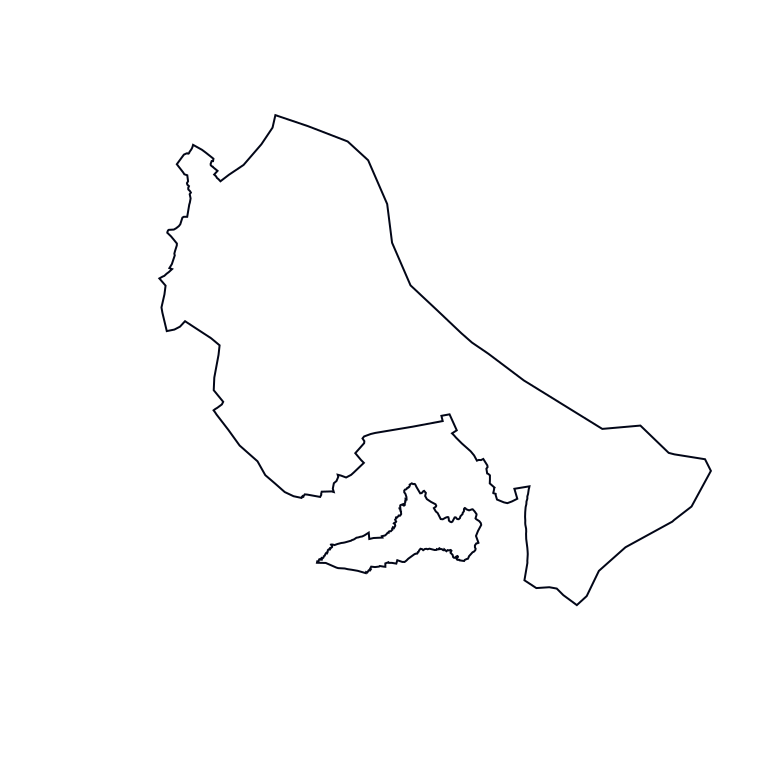 the district of Ishielu, Ebonyi, Nigeria, rotated 135°
{"feature_id": "59680162B77807256215392", "entity_name": "Ishielu", "entity_type": "district", "adm_level": 2, "iso_a3": "NGA", "parent_name": "Nigeria", "parent_adm1": "Ebonyi", "projection": "mercator", "projection_center": [7.857, 6.423], "detail": "fine", "context": "isolated", "style": "outline", "palette": "ink", "viewbox_px": 768, "rotation_deg": 135, "n_neighbors": 0, "source": "geoboundaries", "source_scale": "gbopen_adm2", "svg_char_len": 6159}
<svg xmlns="http://www.w3.org/2000/svg" viewBox="0 0 768 768"><g transform="rotate(135 384 384)"><path d="M270.7,650.9L281.5,644.1L301.2,640.2L328.4,638.2L345.7,641.6L356.3,643.0L356.2,645.7L356.4,648.0L356.0,649.2L355.9,650.0L356.0,652.2L351.0,652.4L351.6,658.4L351.4,658.7L351.8,659.7L351.8,661.2L351.0,662.2L348.2,663.5L347.3,662.5L345.3,663.9L346.4,673.5L347.1,678.3L349.9,688.1L352.1,686.9L353.1,686.5L354.5,686.1L357.5,685.6L358.3,685.2L359.2,685.1L359.7,685.4L359.8,686.0L360.4,686.6L363.3,687.7L375.1,685.9L376.4,675.6L376.9,673.5L375.5,670.7L379.2,665.9L381.3,665.4L382.1,664.0L382.0,661.8L383.8,661.1L384.8,659.9L384.8,657.6L385.2,655.9L387.2,655.6L389.5,652.0L393.1,649.5L394.8,648.6L404.9,641.4L407.3,643.8L408.9,644.2L415.1,641.0L417.4,640.7L420.8,641.1L423.4,641.8L427.2,645.2L428.1,645.3L429.4,644.8L430.3,644.2L430.2,638.9L431.1,629.8L432.5,628.5L438.1,625.6L440.1,624.4L441.0,622.9L449.2,618.8L453.8,617.7L452.6,615.1L457.0,615.3L459.8,615.7L462.9,615.8L464.6,616.5L468.2,617.5L468.9,608.0L475.9,602.6L487.2,595.5L490.3,591.1L500.2,575.0L493.7,570.7L487.7,568.8L480.3,569.1L473.9,538.6L472.9,527.6L480.4,521.6L499.5,508.5L508.8,500.0L510.3,485.1L513.1,484.2L519.0,485.1L520.9,485.6L523.1,485.9L523.5,483.2L524.0,480.9L526.5,461.6L529.6,442.6L528.1,418.8L532.4,403.5L531.4,390.6L530.6,377.8L527.3,368.6L522.9,361.8L522.1,362.2L521.2,361.5L520.9,362.3L520.5,362.3L520.1,361.6L518.1,362.0L516.5,360.1L509.0,349.3L506.7,350.0L506.2,350.7L504.2,351.9L497.0,345.1L495.9,343.1L494.2,346.2L489.6,349.3L486.2,349.0L482.0,350.7L480.9,352.6L479.2,349.7L476.9,344.7L471.5,343.0L467.8,342.8L454.0,342.5L454.0,346.4L453.2,355.4L439.9,356.2L438.3,357.5L437.7,360.7L435.2,361.0L428.7,358.0L424.8,355.6L393.7,333.4L368.7,316.3L365.9,320.9L359.1,316.2L365.3,299.8L370.8,301.0L370.8,297.9L371.0,295.3L371.0,287.0L370.3,275.1L370.8,269.8L372.5,264.1L370.7,263.3L369.2,261.6L366.8,260.8L368.5,253.4L369.5,252.0L371.5,251.7L374.3,247.8L373.8,246.6L373.7,244.5L376.7,241.5L379.5,238.9L379.1,232.6L379.9,232.5L380.2,232.0L382.1,230.7L383.7,229.8L383.9,229.5L382.7,227.4L383.7,226.3L385.8,222.4L382.9,215.5L381.0,212.5L376.6,210.5L370.9,208.6L365.9,217.7L353.5,208.8L355.0,207.8L356.0,207.3L360.0,204.3L362.1,203.2L363.8,201.5L366.3,200.2L368.3,198.4L370.9,196.8L374.8,193.5L378.2,190.3L380.7,187.5L382.4,185.9L383.6,184.5L385.9,181.1L387.9,179.0L389.4,177.7L393.0,173.9L398.5,166.8L400.8,164.1L402.6,162.1L404.5,160.4L407.7,157.6L409.1,156.1L423.5,145.9L420.6,132.0L410.8,123.4L406.5,117.2L406.5,107.9L404.0,91.3L390.6,90.7L364.2,99.9L328.7,97.8L277.4,82.8L275.0,82.7L253.2,79.9L214.3,91.4L210.2,103.8L228.4,128.9L231.4,134.0L232.1,173.3L261.4,197.9L282.6,287.6L288.8,331.6L292.5,351.1L293.4,365.1L294.3,398.9L295.5,435.0L278.4,478.2L254.5,509.0L237.0,553.4L238.2,581.2L255.4,620.0L270.7,650.9ZM449.1,201.7L448.3,201.1L446.7,201.6L445.8,202.1L440.3,202.4L439.2,201.9L437.1,201.9L435.7,202.7L435.2,204.2L433.8,205.6L431.4,206.0L430.2,205.1L429.5,204.9L426.4,211.5L421.5,213.6L414.9,215.6L413.9,217.2L413.6,219.6L414.4,223.3L414.3,224.3L411.5,225.8L410.6,226.5L410.3,228.2L410.0,229.9L409.9,232.7L410.5,233.2L413.2,234.5L414.4,237.2L414.3,238.6L414.6,239.2L415.4,239.2L415.9,239.0L417.5,237.5L419.5,237.2L420.4,236.5L423.6,236.4L425.1,235.5L426.8,235.6L427.7,236.7L427.6,239.0L428.4,239.7L433.0,238.3L434.1,238.7L434.6,239.8L434.7,241.5L433.3,243.2L432.7,244.3L433.3,245.1L434.9,245.9L438.1,246.8L439.4,248.4L437.3,254.8L437.5,257.2L436.5,261.0L434.0,260.6L433.2,260.9L432.6,262.5L434.1,267.3L435.1,272.3L434.1,275.7L431.4,277.4L431.2,280.1L431.9,280.4L434.5,280.2L435.7,281.1L433.9,288.1L432.9,291.0L433.0,291.6L433.4,292.1L434.2,292.6L434.6,294.1L437.0,294.7L437.4,294.0L438.9,293.4L439.5,293.8L440.1,293.5L441.4,294.1L442.2,293.8L442.9,293.9L443.9,294.5L445.1,294.3L446.3,293.0L446.5,291.3L448.0,288.3L449.5,286.6L450.0,287.6L450.4,287.2L450.6,286.6L451.1,286.1L451.8,286.3L452.8,285.2L454.0,284.8L454.8,285.2L454.8,283.8L455.5,283.8L455.9,283.9L456.5,286.0L458.0,286.7L458.6,286.5L459.3,285.8L460.3,284.6L461.0,285.1L461.2,284.7L460.9,284.0L461.2,283.4L461.7,283.2L462.2,282.4L462.0,281.9L462.5,281.5L463.8,279.9L465.6,279.5L466.6,280.6L467.3,280.2L468.1,280.5L469.1,280.4L469.5,281.0L469.9,281.2L470.2,280.9L470.3,280.4L472.1,280.2L472.7,278.1L473.6,278.0L474.9,278.5L475.6,278.5L475.5,277.0L476.3,275.8L478.8,275.1L479.0,276.4L480.6,275.9L481.0,275.0L482.0,275.1L483.2,275.0L484.3,276.0L485.0,276.2L485.9,275.5L486.6,276.2L487.7,276.2L488.4,276.0L490.5,276.2L493.1,277.9L493.7,276.5L500.3,282.5L504.0,284.8L499.9,289.7L504.9,290.8L507.2,291.6L508.9,292.8L510.5,293.6L512.2,294.8L514.4,295.2L515.5,295.5L517.0,296.3L518.1,296.5L523.8,299.7L525.4,300.8L526.5,301.7L530.1,303.8L532.9,305.1L533.8,306.7L534.8,307.8L535.0,307.9L535.3,306.9L535.2,306.4L535.5,305.8L536.0,305.4L537.2,305.5L537.9,306.1L538.2,306.2L538.5,306.1L538.4,305.5L539.1,305.2L539.4,305.2L540.2,306.2L541.2,306.2L542.6,305.1L543.2,304.8L544.0,304.6L544.0,305.4L544.9,305.4L546.2,305.0L547.3,304.5L548.4,304.8L549.5,304.1L550.6,304.2L551.0,305.0L551.6,304.6L552.2,303.8L552.7,304.2L552.6,305.1L553.3,305.1L553.6,305.8L554.7,305.5L555.8,304.8L556.6,305.8L557.8,305.0L551.7,298.6L547.5,287.9L546.6,286.2L542.2,281.3L540.6,278.7L538.2,275.5L534.7,270.5L530.6,263.1L529.6,263.7L529.1,262.5L526.6,263.1L525.8,262.0L524.3,262.3L524.5,263.2L522.2,263.9L519.8,260.9L516.6,258.4L515.7,258.3L513.3,255.0L512.3,253.8L509.9,256.2L507.0,254.9L507.3,254.4L504.8,251.8L502.3,248.3L499.2,250.0L496.9,245.3L495.3,243.6L493.0,243.3L490.4,243.3L482.7,242.1L482.2,241.9L481.6,241.4L481.1,241.4L480.4,240.6L479.5,240.8L478.9,241.2L478.3,240.9L476.8,241.5L474.7,241.7L473.8,240.2L473.8,238.8L471.7,238.4L470.5,237.4L470.0,236.3L468.3,235.4L465.5,230.7L464.2,229.6L463.4,229.9L463.1,229.2L462.2,228.4L461.6,228.8L460.9,228.6L461.0,227.6L459.9,226.4L459.7,224.8L459.3,224.2L458.3,224.6L458.1,221.6L456.4,221.5L455.6,220.1L454.9,220.0L454.2,219.5L454.2,218.4L456.3,217.6L456.3,214.7L457.5,212.7L457.4,211.7L456.9,211.1L454.5,210.8L453.7,210.4L453.8,209.6L454.6,209.2L456.2,209.5L456.5,208.1L456.2,207.5L455.0,206.3L455.2,205.8L452.5,202.2L451.3,202.5L449.1,201.7Z" fill="none" stroke="#020617" stroke-width="2"/></g></svg>